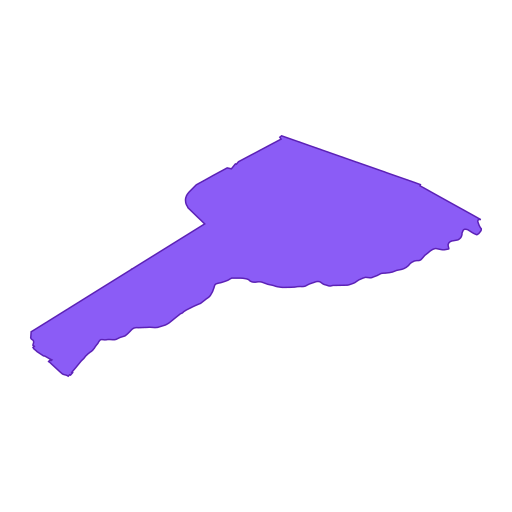 the district of Uithoorn, Noord-Holland, Netherlands
{"feature_id": "6326949B94592387287284", "entity_name": "Uithoorn", "entity_type": "district", "adm_level": 2, "iso_a3": "NLD", "parent_name": "Netherlands", "parent_adm1": "Noord-Holland", "projection": "equal_earth", "projection_center": [4.794, 52.234], "detail": "fine", "context": "isolated", "style": "filled", "palette": "violet", "viewbox_px": 512, "rotation_deg": 0, "n_neighbors": 0, "source": "geoboundaries", "source_scale": "gbopen_adm2", "svg_char_len": 5912}
<svg xmlns="http://www.w3.org/2000/svg" viewBox="0 0 512 512"><path d="M31.1,331.8L31.1,332.6L30.8,336.9L30.7,337.6L30.7,337.8L30.8,338.0L31.0,338.5L31.2,338.8L31.4,339.0L31.7,339.3L33.1,340.3L33.3,340.6L33.4,340.8L33.5,341.1L33.6,341.7L33.6,342.5L33.6,342.8L33.4,343.3L33.0,344.7L32.9,345.2L32.9,345.3L33.0,345.4L34.3,346.3L33.0,347.4L33.5,348.0L33.7,348.3L33.6,348.6L36.2,350.8L36.9,351.5L37.0,351.6L43.5,355.9L44.6,356.0L45.8,356.6L49.1,358.5L51.9,359.9L51.0,360.6L50.3,359.9L49.6,360.5L49.4,360.6L48.6,361.6L49.3,362.0L50.3,362.8L51.4,363.9L59.6,371.5L62.0,373.6L62.9,374.2L64.4,374.7L65.7,375.0L67.1,375.5L68.2,376.2L69.7,374.7L70.5,375.1L72.6,372.7L71.8,372.3L73.4,370.4L75.7,367.7L78.8,363.9L81.1,361.1L81.6,360.6L82.6,359.6L83.7,358.6L85.4,356.4L85.9,355.8L86.7,355.1L87.7,354.1L88.7,353.3L89.5,352.7L90.2,352.1L91.5,351.3L91.9,350.9L92.7,350.2L93.4,349.3L94.4,348.1L95.3,346.6L96.3,345.3L96.5,345.0L97.3,344.1L97.5,343.8L97.9,343.3L98.1,343.0L98.7,341.8L99.4,340.9L99.9,340.3L100.2,340.0L100.7,339.7L101.1,339.6L101.8,339.6L102.6,339.6L103.0,339.7L103.4,339.7L104.9,339.9L105.6,339.8L106.2,339.8L107.1,339.6L108.2,339.5L109.7,339.5L111.1,339.6L112.4,339.7L114.1,339.7L114.7,339.7L115.1,339.6L116.0,339.4L116.9,339.0L119.7,337.6L120.5,337.3L124.1,336.2L124.7,336.0L125.0,335.9L125.4,335.6L126.9,334.4L128.2,333.2L130.1,331.3L131.3,330.0L132.4,329.0L133.7,328.2L134.6,327.9L136.3,327.6L138.6,327.7L141.1,327.6L143.4,327.5L147.0,327.4L149.6,327.2L155.0,327.6L157.6,327.4L161.2,326.3L165.4,325.0L167.3,324.0L169.1,322.9L176.4,317.0L180.0,314.1L180.6,313.7L181.6,313.3L182.3,313.0L183.0,312.4L183.8,311.6L186.5,309.9L193.1,306.6L195.5,305.5L198.7,304.1L200.3,303.5L200.5,303.4L200.8,303.2L204.4,300.4L205.7,299.4L206.0,299.1L207.3,298.2L207.8,297.9L209.3,296.7L209.5,296.5L210.4,295.4L211.3,293.8L212.0,292.6L212.6,291.5L213.5,289.0L214.0,287.7L214.3,286.5L214.6,285.6L214.8,285.2L214.9,284.9L215.3,284.5L215.6,284.2L216.0,283.9L216.6,283.7L217.9,283.3L219.1,283.0L219.9,282.9L221.1,282.6L224.5,281.5L225.9,281.0L227.5,280.4L228.0,280.2L230.5,278.7L230.9,278.5L231.4,278.3L231.7,278.1L232.6,278.1L235.1,278.1L237.7,278.1L240.2,278.1L242.3,278.2L243.2,278.3L245.6,278.7L246.3,278.8L247.8,279.3L248.1,279.4L248.6,279.7L249.0,280.0L249.9,280.8L250.2,281.1L251.4,281.6L252.0,281.9L253.2,282.1L255.1,282.2L255.3,282.2L258.0,281.8L258.5,281.8L259.2,281.8L259.9,281.8L260.9,281.9L261.2,282.0L261.8,282.1L267.0,284.0L267.5,284.2L269.2,284.6L272.2,285.2L273.7,285.6L275.7,286.3L277.3,286.7L280.0,287.1L282.4,287.4L283.3,287.4L284.8,287.4L288.9,287.3L290.2,287.3L294.6,287.1L297.7,286.6L298.2,286.6L300.1,286.5L302.1,286.6L303.5,286.5L304.5,286.3L305.0,286.2L305.5,286.0L307.9,284.7L309.6,283.9L311.1,283.4L312.2,283.0L313.5,282.6L315.7,281.8L316.6,281.6L317.3,281.5L318.3,281.5L319.0,281.6L319.5,281.7L319.9,281.8L320.5,282.1L321.4,282.8L323.1,284.0L323.5,284.2L324.0,284.4L324.2,284.5L324.9,284.7L326.0,285.0L326.7,285.2L328.4,285.8L328.9,285.9L329.8,286.0L330.1,286.0L330.5,286.0L332.6,285.5L333.0,285.4L334.6,285.4L345.7,285.2L347.8,285.1L349.0,284.8L351.1,284.1L353.6,283.2L354.9,282.6L356.9,281.2L358.1,280.4L358.6,280.0L363.0,278.1L365.5,277.3L370.1,277.8L370.7,277.8L371.3,277.7L371.8,277.6L373.5,276.9L377.0,275.6L379.9,274.1L380.6,273.7L381.5,273.4L383.1,273.2L385.4,273.1L387.9,272.8L388.9,272.7L389.7,272.6L391.5,272.2L392.2,272.1L395.6,270.8L396.6,270.4L397.5,270.2L401.5,269.4L402.5,269.1L403.9,268.6L405.4,267.8L406.3,267.3L406.9,266.8L407.8,266.1L408.6,265.4L409.3,264.5L410.2,263.5L411.1,262.8L411.6,262.4L412.4,262.0L414.0,261.2L414.3,261.0L414.8,260.9L415.5,260.8L416.7,260.6L417.5,260.6L418.4,260.6L419.1,260.5L419.8,260.3L420.4,260.0L420.7,259.9L421.2,259.4L422.0,258.6L422.8,257.7L424.5,255.7L424.7,255.4L425.0,255.2L428.2,252.7L429.8,251.3L430.6,250.7L432.7,249.4L434.0,248.9L435.2,248.6L435.8,248.5L436.3,248.6L437.8,248.9L441.3,249.6L442.8,249.8L443.4,249.8L444.1,249.8L444.9,249.7L448.1,249.1L448.5,249.0L448.8,248.8L448.8,248.6L448.8,248.4L448.5,247.1L448.2,246.0L448.2,245.7L448.1,244.9L448.1,244.6L448.3,244.2L448.4,243.8L448.7,243.1L448.9,242.9L449.3,242.4L450.3,241.6L450.6,241.5L451.3,241.2L451.7,241.0L452.3,240.9L454.7,240.5L457.8,239.9L458.3,239.7L458.7,239.4L459.2,239.1L459.9,238.5L460.8,237.6L461.5,236.2L461.9,234.9L462.0,234.3L462.0,233.8L462.0,233.4L462.1,232.8L462.7,231.5L463.1,230.4L463.5,229.9L463.9,229.6L464.1,229.5L464.5,229.3L464.9,229.2L465.2,229.2L466.0,229.3L467.1,229.5L468.1,229.9L468.8,230.4L469.7,230.9L470.4,231.4L471.5,232.1L472.8,232.9L474.1,233.6L476.4,234.6L476.6,234.7L476.8,234.7L477.2,234.6L477.8,234.2L478.7,233.6L479.5,232.7L480.7,231.1L480.9,230.9L481.0,230.6L481.1,230.3L481.2,230.1L481.3,229.0L481.2,228.6L480.8,228.2L480.3,227.5L479.5,226.1L479.3,225.7L479.1,225.3L478.2,222.8L478.0,222.2L477.8,221.7L477.8,221.4L477.8,221.1L477.9,220.5L478.0,220.2L478.3,219.9L478.5,219.8L478.7,219.6L478.9,219.6L479.2,219.5L479.5,219.5L480.8,219.6L478.1,218.1L476.7,217.3L471.9,214.6L467.0,211.9L450.2,202.6L437.6,195.6L420.0,185.8L420.4,184.6L415.2,182.7L386.3,172.6L384.6,171.9L380.5,170.5L371.7,167.4L358.2,162.7L357.1,162.3L356.0,162.0L355.5,161.8L354.7,161.5L344.2,157.8L308.3,145.2L303.0,143.3L294.1,140.2L281.6,135.8L280.5,136.7L279.8,137.2L281.1,139.1L261.1,149.7L254.6,153.2L251.3,154.9L238.5,161.7L236.4,164.2L235.7,164.0L235.4,163.9L231.4,168.8L227.7,168.0L227.4,167.9L227.1,168.0L226.7,168.1L225.5,168.8L220.9,171.3L220.1,171.7L215.3,174.3L212.7,175.7L210.8,176.8L196.3,184.8L189.3,191.8L187.9,193.5L187.2,194.5L186.5,195.7L186.4,196.1L186.2,196.6L185.8,197.7L185.6,198.6L185.5,199.4L185.5,199.9L185.5,200.5L185.6,201.4L185.7,202.5L185.9,203.1L185.9,203.3L186.1,203.9L186.4,204.7L187.0,205.8L187.5,206.6L188.0,207.8L194.1,213.7L197.6,217.1L201.4,220.7L202.2,221.5L202.5,221.8L204.2,223.4L204.7,223.9L132.7,268.6L132.0,268.9L132.1,269.0L99.3,289.4L52.1,318.8L35.2,329.3L31.6,331.5L31.1,331.8Z" fill="#8b5cf6" stroke="#5b21b6" stroke-width="1.5"/></svg>